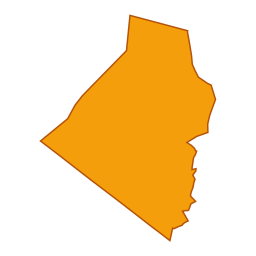 outline of Suleja, Niger, Nigeria
{"feature_id": "59680162B91872344495309", "entity_name": "Suleja", "entity_type": "district", "adm_level": 2, "iso_a3": "NGA", "parent_name": "Nigeria", "parent_adm1": "Niger", "projection": "orthographic", "projection_center": [7.183, 9.219], "detail": "fine", "context": "isolated", "style": "filled", "palette": "amber", "viewbox_px": 256, "rotation_deg": 0, "n_neighbors": 0, "source": "geoboundaries", "source_scale": "gbopen_adm2", "svg_char_len": 1013}
<svg xmlns="http://www.w3.org/2000/svg" viewBox="0 0 256 256"><path d="M169.9,240.6L172.6,228.3L173.1,228.7L173.5,228.5L174.0,228.6L175.1,228.1L175.6,228.0L176.6,227.4L176.9,227.4L177.4,227.0L178.9,226.4L181.3,225.6L182.2,225.2L182.5,224.5L182.9,224.0L183.3,223.9L184.1,223.0L186.3,221.7L188.1,220.9L187.7,220.2L182.6,211.2L185.3,210.6L187.9,210.6L188.8,209.8L190.9,203.9L195.6,201.4L190.5,196.1L191.1,192.2L193.0,187.4L193.9,182.4L195.0,179.4L192.8,175.1L195.8,171.0L196.0,168.7L192.0,169.6L192.1,167.5L192.8,162.8L193.1,160.6L193.7,157.3L194.6,156.1L195.8,153.6L196.2,152.1L196.6,151.1L195.7,150.9L194.4,148.3L191.4,145.4L186.8,142.5L196.7,136.4L207.9,132.4L207.7,124.0L209.8,115.1L211.7,109.8L215.5,99.4L211.1,85.1L207.5,83.4L198.4,77.2L195.0,70.5L192.3,64.3L191.5,55.6L189.9,45.7L187.4,31.6L187.7,30.8L130.0,15.4L126.5,50.6L82.5,95.6L75.1,105.1L67.7,118.7L40.5,141.0L58.8,155.0L91.2,180.2L115.7,198.8L132.0,211.4L152.5,227.3L158.5,231.8L169.9,240.6Z" fill="#f59e0b" stroke="#b45309" stroke-width="1.5"/></svg>